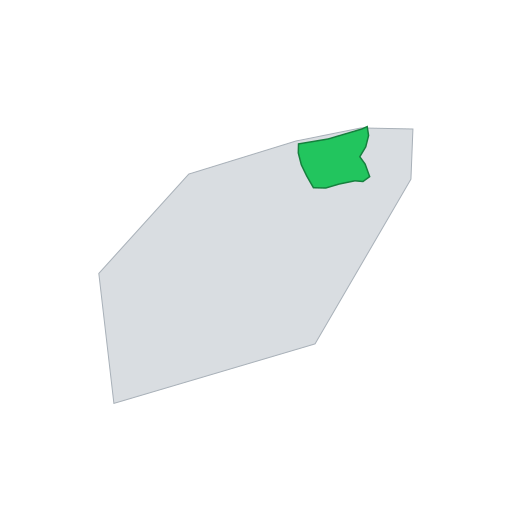 Singapore, with North East highlighted, rotated 324°
{"feature_id": "SGP-4874", "entity_name": "North East", "entity_type": "state/province", "adm_level": 1, "iso_a3": "SGP", "parent_name": "Singapore", "parent_adm1": "", "projection": "mercator", "projection_center": [103.929, 1.383], "detail": "fine", "context": "in_parent", "style": "filled", "palette": "green", "viewbox_px": 512, "rotation_deg": 324, "n_neighbors": 0, "source": "natural_earth", "source_scale": "10m", "svg_char_len": 556}
<svg xmlns="http://www.w3.org/2000/svg" viewBox="0 0 512 512"><g transform="rotate(324 256 256)"><path d="M426.5,284.9L252.1,361.8L54.4,291.7L118.6,177.7L249.8,150.2L355.8,186.4L416.2,214.1L457.6,245.5L426.5,284.9Z" fill="#d9dde1" stroke="#a8b0b8" stroke-width="1"/><path d="M356.3,190.3L383.1,203.7L416.1,215.4L422.0,216.7L417.9,224.7L408.9,232.2L398.3,236.7L398.3,245.8L394.6,258.6L386.3,258.6L380.2,253.3L365.2,246.5L352.4,242.0L342.6,234.5L344.1,220.9L346.3,208.8L350.8,197.5L356.3,190.3Z" fill="#22c55e" stroke="#15803d" stroke-width="1.5"/></g></svg>